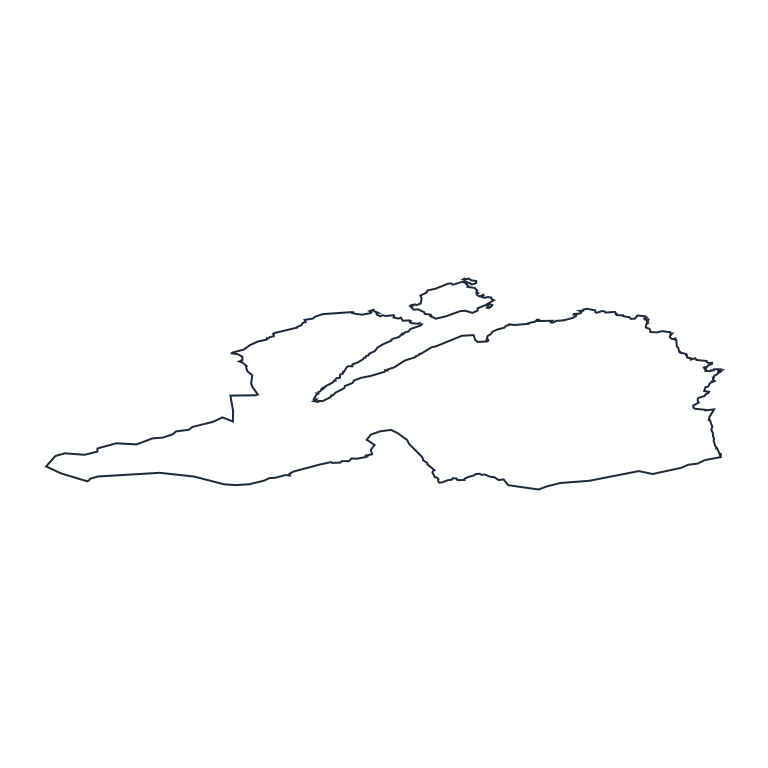 Gjemnes nor, Møre og Romsdal, Norway
{"feature_id": "86288312B41504021313270", "entity_name": "Gjemnes nor", "entity_type": "district", "adm_level": 2, "iso_a3": "NOR", "parent_name": "Norway", "parent_adm1": "Møre og Romsdal", "projection": "natural_earth1", "projection_center": [7.837, 62.91], "detail": "fine", "context": "isolated", "style": "outline", "palette": "slate", "viewbox_px": 768, "rotation_deg": 0, "n_neighbors": 0, "source": "geoboundaries", "source_scale": "gbopen_adm2", "svg_char_len": 6116}
<svg xmlns="http://www.w3.org/2000/svg" viewBox="0 0 768 768"><path d="M64.9,453.3L55.4,456.0L46.1,466.4L61.0,473.4L87.2,481.3L89.1,480.3L90.1,478.8L97.9,476.5L159.7,472.8L194.4,476.6L224.0,484.3L235.5,485.1L249.0,484.3L263.9,480.7L269.7,478.0L274.1,478.0L285.6,475.1L290.0,475.5L289.4,473.9L293.3,471.6L319.9,464.5L331.0,462.1L332.1,462.9L340.4,462.6L341.8,461.1L349.1,461.1L351.4,458.5L356.9,458.7L366.0,457.0L367.2,456.4L366.2,455.5L372.1,454.3L370.9,449.8L374.5,444.9L366.7,439.8L370.8,434.6L380.2,431.3L390.9,429.9L397.7,433.1L407.2,440.1L409.0,443.8L421.4,456.3L423.1,458.9L423.0,460.1L427.3,463.1L427.3,464.3L434.5,470.2L433.0,471.1L432.4,472.6L434.8,477.0L437.2,477.8L438.5,479.3L438.0,480.2L438.9,482.5L441.4,482.6L448.1,480.1L451.8,479.7L452.8,478.2L456.6,478.5L457.1,479.8L458.4,480.1L464.6,480.0L464.6,478.7L468.4,476.9L474.1,475.4L475.4,474.1L479.8,473.8L481.5,474.9L484.9,474.5L489.9,476.7L494.4,477.2L498.8,480.1L503.6,479.4L508.2,485.2L538.7,489.5L546.2,486.6L560.1,483.0L589.3,480.8L638.8,471.1L652.6,474.0L680.9,467.9L688.5,464.7L697.6,463.6L704.8,460.1L720.7,457.1L719.9,455.1L720.9,455.1L720.7,453.9L719.4,453.6L717.2,448.5L716.2,448.5L716.4,447.2L715.3,446.3L713.6,440.6L714.1,438.5L713.0,436.4L712.9,433.0L711.3,430.0L712.3,426.7L709.8,420.0L708.8,420.0L709.4,417.0L714.1,409.4L705.4,410.4L705.4,409.8L695.1,408.8L693.3,407.7L693.2,405.6L698.8,402.5L697.7,401.0L697.7,398.9L698.9,397.7L704.5,396.1L705.5,394.3L708.6,392.8L709.1,391.8L704.2,391.0L705.4,387.3L707.9,386.7L710.4,382.7L712.9,381.8L712.4,381.2L714.5,380.9L713.1,379.4L712.8,377.6L713.9,377.6L714.3,375.7L717.4,374.2L717.9,372.7L719.4,372.7L721.9,370.5L718.3,371.2L718.3,370.3L719.8,369.3L716.2,369.2L713.7,369.4L713.7,370.4L711.1,370.3L710.6,371.1L705.5,371.0L705.9,369.1L704.9,369.2L703.8,367.6L707.4,366.7L707.9,365.5L712.0,363.9L711.9,362.7L709.4,363.2L707.0,362.2L706.7,361.0L696.4,360.0L695.3,358.2L690.7,359.6L690.7,358.1L687.1,357.5L687.0,355.1L686.0,355.1L686.0,353.9L680.3,352.7L680.2,351.8L679.2,351.8L678.3,347.9L676.7,346.1L676.3,340.0L675.0,339.7L675.3,338.5L672.2,339.1L669.8,337.3L669.8,336.4L672.0,333.7L670.5,334.0L670.4,332.2L662.2,331.2L656.5,332.4L650.3,332.0L650.0,329.6L649.2,328.7L645.8,327.5L646.3,324.2L647.3,323.6L647.0,322.7L648.0,322.7L647.0,320.9L648.0,320.9L648.5,319.6L644.6,319.4L644.3,318.8L645.3,318.8L645.3,317.2L646.3,317.2L645.3,316.3L637.5,315.5L635.0,318.6L630.9,318.9L629.3,317.2L623.1,316.2L623.1,315.3L616.9,315.2L616.9,314.2L615.8,314.2L615.5,312.4L614.7,311.9L605.5,312.6L604.4,311.3L601.8,311.1L596.7,312.8L595.4,312.2L595.1,310.3L586.8,308.8L583.2,309.6L583.2,310.7L579.6,310.9L581.2,311.8L581.2,312.7L579.2,313.6L573.8,314.0L573.6,314.6L576.6,314.2L575.9,316.1L573.1,317.8L563.9,320.3L556.2,320.9L552.6,322.7L550.6,322.4L550.6,321.5L551.6,320.8L537.6,321.0L538.6,319.8L537.1,319.6L535.1,321.6L528.4,323.2L528.5,323.8L514.6,325.0L509.4,324.3L509.4,324.9L506.1,325.8L504.3,327.7L496.7,329.7L492.1,332.0L491.1,333.9L487.6,336.0L486.6,339.6L488.2,339.7L488.2,340.6L487.2,340.6L487.2,341.5L477.4,341.9L475.1,339.8L473.9,335.6L473.1,335.1L461.8,335.8L435.8,346.4L431.7,347.2L420.6,354.0L419.6,353.7L418.6,355.2L415.8,356.2L415.6,357.1L404.9,360.5L394.3,367.3L387.6,369.5L387.7,370.4L385.1,370.2L385.4,371.1L384.6,371.8L370.8,375.9L360.6,377.9L354.0,380.5L352.5,383.0L344.9,386.1L344.2,388.2L335.6,392.6L332.9,395.3L331.3,395.3L331.1,396.6L329.7,397.6L322.6,401.1L317.4,400.9L318.8,401.5L317.9,401.9L314.6,401.3L316.6,400.4L314.5,400.5L316.4,399.3L313.9,398.9L316.4,394.6L317.9,393.9L317.3,393.5L318.3,393.5L318.2,392.3L320.6,390.9L321.3,389.4L322.4,389.4L322.3,388.5L323.4,388.5L323.3,387.6L324.9,387.5L325.4,386.3L333.0,382.3L333.9,380.8L335.5,380.7L335.2,379.8L336.4,378.3L340.0,377.7L339.9,374.9L343.0,373.4L342.9,371.9L343.9,371.9L346.9,367.0L348.4,366.2L352.5,366.3L352.4,364.5L358.0,362.3L363.1,359.2L364.1,357.7L365.6,357.7L366.1,356.1L368.6,355.2L369.1,353.7L374.7,351.2L377.6,347.5L382.7,344.4L391.3,340.7L391.3,339.8L393.3,338.6L399.0,337.0L401.5,334.5L402.5,334.5L402.5,333.6L403.5,333.9L405.0,332.4L408.6,331.4L410.3,329.0L420.8,325.5L421.7,324.3L420.7,324.3L419.6,323.0L418.3,323.8L411.0,323.1L409.9,322.1L410.9,321.1L409.5,320.4L402.8,320.7L400.8,317.6L398.6,318.6L393.6,317.5L394.3,315.8L393.9,315.2L386.2,316.0L382.3,315.2L380.5,316.3L376.8,314.6L376.3,313.1L378.2,312.9L374.0,311.1L373.6,309.7L369.6,311.1L371.5,312.1L370.7,313.1L362.3,314.7L355.2,313.8L352.4,313.0L353.0,312.3L352.0,312.1L322.9,314.1L315.3,316.6L312.8,318.6L304.6,319.9L305.7,322.0L302.6,323.0L301.6,325.1L297.1,327.0L297.1,327.6L274.6,333.0L273.1,333.9L273.9,335.1L273.7,336.3L270.1,337.0L268.1,338.5L267.0,338.3L267.1,339.2L265.2,340.0L258.1,341.4L249.8,345.2L243.7,349.6L232.0,352.7L231.7,353.3L237.8,354.2L242.4,356.8L242.5,360.0L239.2,361.5L242.3,362.5L246.7,366.1L245.9,366.8L247.4,371.3L252.3,375.2L251.1,383.7L252.5,387.1L257.8,394.5L255.6,395.3L230.4,395.6L233.1,411.0L232.9,421.5L222.4,417.4L213.1,421.8L192.5,426.9L188.8,429.8L176.0,431.4L172.9,434.2L163.0,437.6L152.4,438.4L136.7,444.4L116.3,443.3L100.1,447.7L97.4,448.6L97.4,451.6L84.5,454.8L64.9,453.3ZM464.5,278.6L463.3,279.3L464.5,279.5L464.0,279.9L464.9,281.1L467.5,282.4L466.0,283.2L462.3,281.8L453.0,284.7L451.2,283.5L448.3,283.6L435.3,288.8L428.4,290.2L427.1,290.9L426.5,292.6L420.3,295.6L421.6,298.4L420.8,303.5L416.4,305.1L414.5,304.3L412.8,305.8L412.1,304.9L411.4,305.2L412.1,305.5L411.7,306.3L410.4,306.5L413.7,309.7L418.2,309.3L424.5,312.4L424.7,313.9L430.6,314.6L431.0,315.2L430.3,315.3L431.2,315.9L430.7,316.4L435.9,318.7L446.0,316.3L460.2,311.1L465.5,310.8L472.4,312.9L477.6,310.6L477.6,308.2L487.2,304.6L488.0,304.9L487.5,305.5L488.1,306.1L486.9,307.8L487.3,308.0L489.4,307.8L491.5,306.3L492.2,304.9L487.4,304.0L493.9,300.2L491.5,298.9L491.3,297.5L487.6,297.0L484.6,297.9L481.5,296.9L483.6,295.3L483.3,294.8L479.9,296.3L478.1,295.8L476.8,294.7L476.6,293.7L478.0,293.1L476.4,292.1L477.3,290.8L474.7,287.9L467.6,286.9L468.2,285.7L466.3,284.3L466.4,283.3L468.1,282.6L470.6,283.4L471.1,284.4L473.9,284.0L476.2,283.0L476.2,281.0L471.5,280.4L468.5,278.5L466.5,279.2L464.5,278.6Z" fill="none" stroke="#1e293b" stroke-width="2"/></svg>